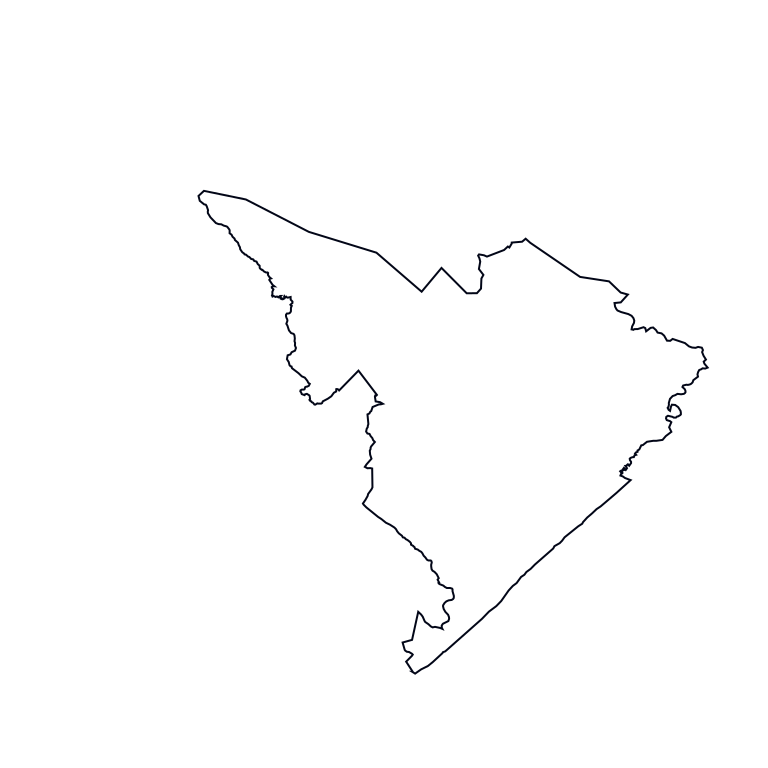 Sud-Comoe, Sud-Comoé, Ivory Coast, rotated 306°
{"feature_id": "98640826B87421109468433", "entity_name": "Sud-Comoe", "entity_type": "district", "adm_level": 2, "iso_a3": "CIV", "parent_name": "Ivory Coast", "parent_adm1": "Sud-Comoé", "projection": "natural_earth1", "projection_center": [-3.37, 5.661], "detail": "fine", "context": "isolated", "style": "outline", "palette": "ink", "viewbox_px": 768, "rotation_deg": 306, "n_neighbors": 0, "source": "geoboundaries", "source_scale": "gbopen_adm2", "svg_char_len": 6166}
<svg xmlns="http://www.w3.org/2000/svg" viewBox="0 0 768 768"><g transform="rotate(306 384 384)"><path d="M168.0,579.4L175.0,581.8L181.7,585.3L187.7,586.9L200.7,589.5L201.6,589.3L203.7,590.7L251.6,601.3L261.6,602.7L270.3,605.4L277.3,606.4L290.2,606.2L296.4,606.9L300.9,608.3L308.5,608.3L312.2,609.7L315.6,609.7L320.6,611.3L326.6,612.2L350.4,617.6L353.0,617.2L358.5,619.7L361.9,620.2L366.1,620.2L383.1,624.8L387.5,626.5L389.3,626.2L395.5,626.9L401.7,628.4L407.7,629.5L412.3,631.2L432.1,636.0L451.2,640.0L449.6,634.2L449.6,631.5L448.9,629.1L450.3,628.7L451.9,629.3L452.8,628.7L452.9,627.7L451.9,627.5L452.2,626.4L453.6,626.9L455.8,629.0L455.9,627.4L457.2,627.4L456.6,630.1L458.7,630.1L459.7,627.5L460.4,628.3L461.5,628.2L462.4,628.5L462.0,630.4L465.2,630.4L466.3,629.6L466.9,627.8L468.0,626.7L469.1,626.9L470.8,628.0L471.7,629.1L473.5,628.6L474.9,629.6L475.2,628.0L476.6,628.0L478.2,629.0L479.2,628.2L481.1,629.0L485.6,628.2L486.7,629.3L491.8,630.7L496.2,635.1L498.2,637.8L502.5,642.2L507.5,642.6L514.2,644.6L516.6,640.1L522.0,638.9L522.1,637.3L521.0,634.0L521.9,632.4L523.4,631.7L525.2,632.4L527.0,636.7L527.1,638.1L528.4,639.9L529.9,640.2L530.7,641.0L533.1,642.0L534.0,642.0L535.3,641.0L536.5,639.8L538.2,635.6L538.2,631.9L536.5,629.1L534.3,629.5L530.4,631.2L530.4,629.5L531.4,627.5L532.8,627.5L534.7,626.7L536.0,625.6L540.1,624.1L543.9,624.6L546.2,626.2L548.5,627.2L550.3,630.4L552.3,632.4L553.6,632.8L554.7,632.7L555.8,631.7L556.6,630.3L557.0,627.2L558.6,626.9L561.1,629.0L561.9,630.4L563.4,631.7L564.8,632.4L566.7,632.7L568.9,632.0L574.5,633.7L576.1,631.9L578.4,631.1L580.6,630.8L582.4,632.0L583.9,632.5L585.3,634.8L587.5,636.2L588.8,631.2L590.0,629.5L593.0,630.1L594.7,625.9L596.8,622.6L598.9,622.1L600.2,619.8L598.6,616.3L596.4,614.8L594.6,611.8L593.7,608.6L594.0,603.4L590.1,591.0L587.2,590.2L585.4,587.5L587.8,582.2L588.1,578.8L586.4,575.1L587.5,572.4L587.9,568.5L586.1,566.7L580.7,565.1L582.8,562.5L582.5,560.6L577.5,556.9L575.5,554.2L574.5,554.0L573.7,552.2L576.4,550.9L580.4,550.3L582.4,549.2L583.9,547.1L584.7,544.2L584.2,540.6L581.6,533.6L580.7,529.7L581.1,528.1L582.4,525.5L585.0,522.9L589.2,527.6L599.7,528.7L597.1,521.7L599.3,505.7L585.9,479.7L584.2,419.3L584.8,413.2L580.3,412.1L573.5,404.2L572.6,404.8L568.1,405.2L568.0,403.4L563.0,402.4L547.6,392.4L546.9,389.2L544.7,384.7L543.2,384.7L541.8,387.3L539.6,389.9L532.8,393.2L530.7,400.3L526.6,400.8L518.2,406.4L512.1,405.8L506.0,397.6L511.7,362.3L480.8,360.2L485.8,300.7L462.9,233.8L452.1,163.8L434.4,124.8L427.1,123.4L423.9,127.3L423.6,132.8L424.3,134.5L423.6,136.1L421.2,139.5L419.9,140.1L418.7,141.1L416.8,145.7L415.4,153.4L416.1,156.1L417.6,158.6L417.9,161.1L419.0,164.1L419.0,165.0L418.1,168.0L417.6,168.8L415.2,170.5L415.2,172.9L414.1,174.9L413.8,177.6L412.9,178.7L412.5,182.8L410.9,185.0L410.0,187.0L408.5,188.5L407.3,191.9L407.3,194.3L406.9,195.0L407.5,196.3L407.2,199.3L407.6,200.4L407.1,203.1L407.9,204.7L407.9,205.4L407.4,206.0L407.3,206.7L408.1,208.9L406.8,211.4L406.6,213.8L404.9,215.2L404.6,215.9L404.5,218.1L404.9,218.5L404.5,220.8L404.9,223.1L405.8,224.3L405.7,225.0L404.1,225.9L403.2,228.2L403.0,230.5L402.3,229.9L400.8,230.0L398.7,235.6L398.6,237.8L398.1,237.0L396.5,236.2L395.9,236.7L395.6,238.9L392.9,239.5L390.9,241.1L389.9,241.2L389.2,242.4L390.3,243.0L390.7,245.1L391.9,246.0L392.0,247.7L392.4,248.2L392.9,247.7L394.2,248.2L394.7,248.9L393.9,248.8L392.3,250.3L392.6,251.5L393.3,251.2L393.5,252.6L394.8,253.2L395.7,252.0L396.5,251.8L396.1,253.1L397.2,253.6L397.0,254.5L397.3,255.4L399.5,257.3L397.4,258.9L396.9,261.5L395.7,262.3L393.1,261.7L392.6,263.0L392.8,263.5L391.0,263.9L388.2,265.9L387.4,266.1L386.0,266.0L385.1,265.5L383.9,264.0L382.5,264.0L381.3,264.8L380.2,266.2L379.5,267.6L378.4,268.7L375.3,269.6L374.5,271.5L371.5,275.6L370.6,278.9L371.4,281.4L370.8,282.9L368.4,285.1L366.0,286.5L365.0,287.9L362.8,289.3L361.4,291.6L358.7,292.4L355.4,290.6L352.9,290.9L350.6,289.2L347.0,290.9L345.8,294.0L343.7,296.5L343.4,297.9L343.8,298.9L342.7,300.3L342.5,308.5L341.9,313.0L342.6,316.2L341.5,320.1L340.5,322.0L340.5,323.9L338.3,324.2L336.6,323.3L336.2,322.7L335.1,322.1L333.0,322.8L332.3,322.4L331.3,320.9L329.8,320.2L328.8,320.7L328.6,321.7L327.5,323.4L328.3,326.3L329.3,326.2L330.7,327.4L330.9,330.2L330.7,330.8L328.3,333.1L327.4,333.0L327.0,333.7L327.2,335.5L326.8,336.1L327.1,337.6L326.5,339.8L327.0,340.6L329.1,341.4L329.3,342.1L331.2,344.7L332.2,345.1L334.0,344.7L339.1,347.2L343.1,348.6L347.5,348.6L349.8,349.7L351.8,348.4L352.3,348.9L352.7,350.3L352.4,351.5L379.8,355.5L371.0,384.7L370.0,384.6L369.5,383.7L368.4,384.1L365.0,387.5L367.0,391.5L367.3,394.7L365.7,393.4L364.4,391.8L358.7,388.3L354.5,389.6L353.5,389.2L351.6,389.5L349.7,388.5L342.4,394.9L340.6,395.5L339.5,396.2L337.7,396.3L335.0,397.5L334.2,399.7L335.1,401.6L334.0,403.8L333.4,406.3L332.2,408.2L331.7,410.7L325.9,410.3L324.6,410.6L323.4,411.4L321.7,411.7L318.7,414.3L316.2,417.8L308.7,417.1L305.7,417.2L306.1,420.1L307.9,422.3L308.7,424.1L293.6,435.4L291.5,435.8L285.7,435.8L283.7,436.6L279.3,437.1L274.9,437.2L274.4,438.5L273.8,442.3L273.0,457.3L273.2,461.1L272.9,467.1L273.7,471.6L274.0,476.8L273.6,479.1L272.6,481.2L271.9,483.8L271.8,487.7L271.0,489.4L271.7,490.9L271.3,492.9L271.6,494.7L271.5,497.7L271.0,499.5L269.9,500.3L270.2,502.9L269.9,503.4L270.0,504.5L269.0,506.0L269.9,508.6L269.8,510.6L270.1,512.8L269.6,514.6L268.4,517.0L268.0,519.4L267.1,522.0L267.3,523.6L268.7,525.5L268.5,526.6L267.6,527.6L265.5,528.4L264.3,529.3L262.2,531.3L261.5,533.0L261.7,535.3L261.1,538.5L259.1,542.4L257.2,542.4L255.8,545.3L255.1,545.0L254.8,545.5L254.8,546.7L255.8,550.6L255.6,552.4L255.9,554.8L257.8,557.3L258.5,559.4L258.2,560.1L256.6,561.3L253.6,565.1L251.9,566.2L250.8,566.3L249.1,565.7L247.0,563.5L244.8,562.2L242.4,561.7L239.7,561.9L238.9,562.4L237.1,564.5L235.7,567.6L235.0,571.5L233.6,573.6L232.3,574.7L230.0,575.4L224.7,572.6L223.4,572.6L222.2,572.8L220.7,574.2L220.2,575.2L219.6,572.7L217.5,568.0L215.7,566.4L215.4,564.4L215.8,561.2L215.7,557.2L216.2,556.0L218.5,552.1L219.3,549.6L219.8,545.6L193.5,557.1L185.8,551.0L181.1,557.0L180.8,557.8L180.8,559.8L181.9,561.8L182.2,565.2L182.0,566.3L180.8,566.4L172.4,565.1L168.0,576.6L167.8,576.3L168.0,579.4Z" fill="none" stroke="#020617" stroke-width="2"/></g></svg>